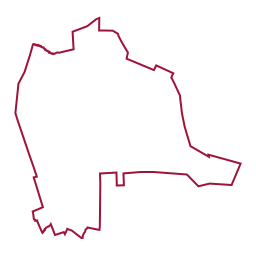 the district of Lusaka, Lusaka, Zambia
{"feature_id": "96606910B10621059217070", "entity_name": "Lusaka", "entity_type": "district", "adm_level": 2, "iso_a3": "ZMB", "parent_name": "Zambia", "parent_adm1": "Lusaka", "projection": "robinson", "projection_center": [28.258, -15.427], "detail": "fine", "context": "isolated", "style": "outline", "palette": "rose", "viewbox_px": 256, "rotation_deg": 0, "n_neighbors": 0, "source": "geoboundaries", "source_scale": "gbopen_adm2", "svg_char_len": 3313}
<svg xmlns="http://www.w3.org/2000/svg" viewBox="0 0 256 256"><path d="M33.1,43.7L32.3,46.8L30.4,53.6L30.2,54.3L24.6,71.9L18.4,83.8L18.0,88.1L15.4,113.0L16.0,115.1L18.2,122.1L20.0,127.3L20.9,130.1L21.1,130.5L22.8,135.6L26.7,147.2L28.3,151.9L28.8,153.4L33.1,165.6L34.1,168.5L36.8,176.6L33.7,177.4L34.3,179.4L35.9,184.4L39.9,197.5L42.4,205.6L42.9,207.2L32.7,211.5L33.1,212.7L33.1,213.6L33.4,215.0L33.5,216.6L33.7,217.4L33.7,218.1L33.9,218.8L34.1,219.4L35.2,219.8L35.2,220.8L37.2,220.5L37.2,220.8L37.3,221.4L37.8,222.5L39.6,226.7L41.0,229.9L42.4,232.9L42.8,232.6L42.9,232.4L43.2,232.2L43.3,231.9L43.5,231.6L43.7,231.4L43.8,231.2L43.7,230.9L43.8,230.7L44.1,230.7L44.4,230.5L44.6,230.4L44.9,230.1L44.8,229.7L44.5,229.3L44.6,229.0L45.1,228.8L45.6,228.4L46.1,227.7L46.3,227.5L46.7,227.4L47.1,227.1L47.5,226.8L48.3,226.5L48.8,226.5L49.0,226.2L49.7,225.6L50.1,225.2L50.5,224.8L50.8,224.2L52.7,229.0L55.0,235.0L63.8,232.1L64.9,234.2L67.3,229.0L67.3,228.9L69.7,229.8L71.9,230.6L81.4,238.0L82.6,237.9L82.8,235.7L83.8,233.4L85.0,231.8L85.2,231.3L85.5,229.8L85.7,229.5L86.1,229.2L86.5,228.8L87.0,228.4L87.5,227.5L98.7,229.8L99.4,229.9L99.8,226.6L100.0,212.9L100.3,183.7L100.0,173.5L102.2,173.4L104.7,173.2L109.1,173.0L113.8,172.7L116.4,172.5L116.6,177.6L116.8,185.5L120.4,185.4L123.9,185.3L123.6,177.0L123.5,173.4L140.7,172.0L153.5,172.0L186.9,174.5L191.0,178.7L198.4,186.3L199.2,186.1L209.6,183.6L231.6,185.0L239.0,167.4L240.6,163.6L208.5,154.7L208.9,156.8L190.5,146.2L188.7,140.2L186.0,131.4L185.2,128.3L184.7,126.9L181.9,113.0L181.0,104.9L180.4,100.3L180.0,95.6L174.9,84.6L174.2,83.1L173.4,81.5L173.3,81.4L172.8,80.3L171.8,78.3L171.6,78.0L171.3,77.7L171.8,76.3L171.8,76.2L172.2,75.4L173.3,73.3L173.1,73.2L156.2,65.4L153.9,70.1L152.9,69.7L150.2,68.5L126.6,58.7L127.9,52.5L124.7,47.2L123.0,44.3L121.1,41.0L118.6,36.1L117.9,33.7L112.7,30.7L110.0,30.6L101.0,30.5L99.1,30.5L99.3,18.0L96.2,19.2L92.4,22.2L89.3,24.6L87.5,26.0L86.0,26.7L85.2,27.0L72.6,31.7L72.7,33.9L73.5,47.8L73.6,49.3L72.6,49.5L58.8,52.8L57.7,52.4L56.2,52.9L55.1,53.5L54.9,53.6L54.7,53.7L54.5,53.8L54.4,53.8L53.8,53.9L53.7,53.8L53.7,53.7L53.4,53.7L53.2,53.7L53.0,53.9L52.9,54.0L52.7,53.9L52.3,53.9L52.1,53.9L51.9,53.7L51.7,53.6L51.4,53.5L51.5,53.4L51.4,53.4L51.2,53.4L51.0,53.2L50.9,53.1L50.5,53.0L50.4,53.0L50.3,52.7L50.1,52.7L50.0,52.8L49.9,52.8L49.7,52.8L49.7,52.5L49.6,52.4L49.6,52.2L49.5,51.9L49.4,51.9L49.2,51.8L48.9,52.0L48.9,51.9L48.8,51.7L48.7,51.6L48.3,51.5L48.3,51.4L48.2,51.4L47.9,51.4L47.7,51.2L47.6,50.9L47.4,51.0L47.1,51.0L47.0,50.9L46.9,50.9L46.8,50.7L46.5,50.6L46.4,50.6L46.2,50.5L46.2,50.4L46.1,50.2L45.9,50.0L45.7,49.7L45.6,49.8L45.4,49.9L45.2,49.9L45.0,49.7L44.8,49.6L44.7,49.5L44.7,49.4L44.7,49.2L44.7,48.9L44.4,48.7L44.1,48.4L44.0,48.1L43.9,48.0L43.7,48.1L43.4,47.9L43.3,47.6L43.3,47.3L43.2,47.3L42.4,47.3L42.2,47.2L41.7,47.2L41.2,46.9L41.0,46.7L41.0,46.4L40.7,46.3L40.5,46.2L40.6,45.9L40.1,45.8L39.9,45.8L39.7,45.9L39.6,46.0L39.5,45.9L39.3,45.6L39.2,45.6L39.1,45.4L38.7,45.2L38.3,45.0L38.2,45.1L38.0,45.3L38.0,45.6L37.9,45.8L37.7,45.7L37.5,45.4L37.4,45.3L37.3,45.2L37.2,45.0L36.9,45.0L36.7,45.0L36.4,45.2L36.2,45.3L36.0,45.2L35.9,45.1L35.9,44.9L35.7,44.9L35.4,44.9L35.2,44.8L35.0,44.7L34.8,44.8L34.7,44.8L34.6,44.7L34.6,44.2L33.7,44.2L33.4,44.0L33.4,43.9L33.1,43.8L33.1,43.7L33.1,43.7Z" fill="none" stroke="#9f1239" stroke-width="2"/></svg>